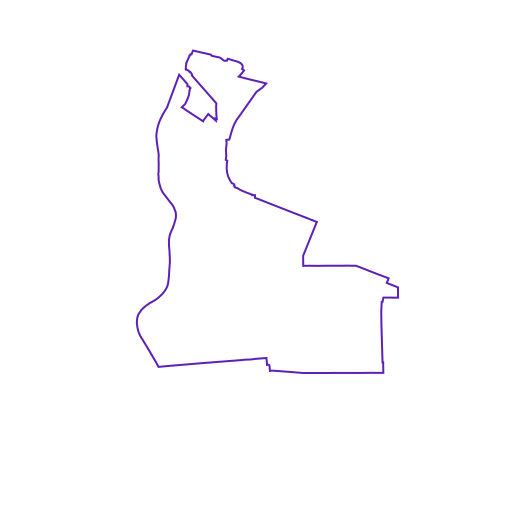 the district of Capelle aan den IJssel, Zuid-Holland, Netherlands, rotated 126°
{"feature_id": "6326949B80827814559487", "entity_name": "Capelle aan den IJssel", "entity_type": "district", "adm_level": 2, "iso_a3": "NLD", "parent_name": "Netherlands", "parent_adm1": "Zuid-Holland", "projection": "mercator", "projection_center": [4.571, 51.936], "detail": "fine", "context": "isolated", "style": "outline", "palette": "violet", "viewbox_px": 512, "rotation_deg": 126, "n_neighbors": 0, "source": "geoboundaries", "source_scale": "gbopen_adm2", "svg_char_len": 5860}
<svg xmlns="http://www.w3.org/2000/svg" viewBox="0 0 512 512"><g transform="rotate(126 256 256)"><path d="M280.8,91.3L275.7,84.3L267.3,90.6L267.7,91.1L240.0,112.5L235.9,115.6L231.8,118.7L227.6,121.8L223.4,124.6L219.2,127.3L218.7,126.7L216.9,127.5L216.4,127.8L215.9,128.0L214.8,128.5L206.2,116.6L197.9,122.7L199.5,128.9L200.4,132.1L200.9,134.4L196.1,135.6L199.2,146.9L201.5,155.6L202.1,158.0L204.6,167.6L204.7,167.9L205.1,169.4L210.0,176.2L223.3,194.4L226.9,199.2L231.3,205.3L231.7,205.9L231.9,206.2L232.1,206.5L232.3,206.8L236.2,212.0L228.1,218.0L192.7,226.8L209.5,291.0L207.4,292.6L208.4,293.9L209.0,294.7L208.6,295.0L210.3,301.0L211.1,304.4L211.5,306.1L211.9,308.8L212.0,310.6L212.6,312.7L212.6,312.9L212.7,313.1L212.9,313.6L211.9,314.4L212.0,314.9L211.9,314.9L211.7,315.0L211.2,315.4L210.9,315.7L210.8,316.4L211.2,318.2L211.3,318.4L210.9,319.3L210.6,320.3L209.8,322.0L209.3,323.0L208.8,323.9L208.5,324.5L207.9,325.4L206.8,326.8L206.2,327.6L205.1,328.8L203.9,329.9L203.3,330.5L202.1,331.4L201.0,332.2L199.8,333.0L198.3,333.9L197.0,334.6L195.7,335.3L196.0,337.0L192.5,338.9L191.5,339.7L189.2,341.6L189.0,341.8L187.4,343.0L182.5,345.7L179.5,348.3L177.5,346.0L171.5,348.2L167.6,349.6L162.3,351.0L157.5,351.7L151.4,351.7L131.3,352.0L123.0,352.1L120.4,351.3L116.0,349.8L115.5,349.8L113.1,349.5L110.5,349.1L110.4,349.1L114.1,358.3L115.4,361.4L116.9,365.0L121.0,375.4L119.7,375.2L118.0,375.0L116.7,374.9L115.4,374.8L114.1,374.8L112.8,374.8L112.8,376.5L112.9,377.3L112.3,377.4L112.0,377.4L111.5,377.6L111.1,377.7L110.8,377.9L110.6,378.1L110.3,378.3L110.0,378.6L109.8,378.9L109.6,379.3L109.4,379.7L109.3,380.2L109.2,380.7L109.1,381.1L109.1,381.5L109.0,381.9L109.1,382.0L109.2,382.8L109.2,383.1L109.4,384.1L109.6,385.2L110.3,387.1L111.1,389.2L111.4,390.1L111.7,391.1L113.1,394.8L115.0,394.3L116.4,395.9L116.7,396.6L116.7,401.9L119.9,409.0L120.0,409.3L119.9,409.9L119.9,410.1L119.8,410.4L119.7,410.6L119.6,410.8L125.2,423.9L125.7,425.1L126.2,426.3L126.8,427.7L130.8,426.7L131.1,427.4L131.3,427.6L133.5,427.3L133.5,427.5L134.8,427.1L139.4,426.1L139.9,426.0L140.0,426.0L140.1,425.9L140.4,425.8L141.0,425.8L141.1,425.5L141.5,425.3L142.3,424.9L142.9,424.6L143.7,424.2L145.0,423.4L145.3,423.2L145.7,423.0L146.0,422.8L146.2,422.6L146.3,422.5L146.4,422.4L146.5,422.2L146.0,421.4L145.9,421.4L145.9,421.2L145.8,420.9L145.8,420.7L145.7,420.3L145.8,419.8L145.8,419.1L146.0,418.0L146.1,417.5L145.7,417.3L146.3,415.7L146.6,414.8L146.7,414.5L146.9,414.1L147.6,414.0L148.0,412.3L148.3,411.1L148.4,410.5L148.6,409.9L148.7,409.3L155.8,377.8L156.9,377.1L158.2,376.3L158.8,375.9L159.9,375.0L160.5,374.6L162.6,373.0L162.8,372.8L164.6,371.4L167.1,369.3L167.9,368.6L168.3,368.1L168.9,367.6L169.1,367.5L169.1,367.4L168.9,369.2L170.1,368.1L169.2,378.1L171.9,378.1L176.9,378.2L178.1,377.9L178.3,382.3L178.4,384.9L178.5,385.9L178.6,387.9L178.7,389.6L178.8,391.5L178.8,393.0L178.9,394.2L178.9,394.6L179.0,396.2L179.1,397.6L179.1,399.0L179.1,399.8L179.1,400.5L179.1,401.0L179.2,402.6L179.3,403.5L178.0,403.2L174.7,402.6L174.1,402.7L172.2,403.1L170.7,403.4L167.8,404.1L167.0,404.3L165.7,404.7L164.4,405.3L164.2,405.4L161.9,406.6L161.7,406.7L161.5,407.0L161.3,407.1L161.0,407.0L159.2,408.0L158.6,407.8L158.2,409.7L159.1,411.3L157.3,412.4L157.2,412.5L157.0,413.4L156.8,414.4L156.7,415.0L156.4,416.1L156.2,416.8L156.2,417.2L156.1,417.5L155.9,418.2L155.8,418.8L155.6,419.8L155.4,420.8L155.1,422.0L154.9,423.1L154.6,424.2L154.5,424.7L188.4,415.2L191.0,415.1L193.5,414.9L196.1,414.6L198.6,414.2L201.2,413.8L203.8,413.2L206.2,412.5L208.6,411.7L211.0,410.7L213.4,409.5L215.7,408.3L217.9,406.9L222.6,402.7L224.4,401.0L226.3,399.1L228.2,397.2L230.0,395.4L231.7,393.9L232.4,393.4L234.2,392.3L235.4,391.4L238.1,389.3L243.0,385.8L244.9,384.4L246.0,383.8L247.2,383.2L248.6,381.8L251.8,379.4L254.4,376.5L257.3,372.8L259.3,369.1L263.0,356.8L263.3,355.6L263.6,354.3L264.1,353.0L264.6,351.8L265.2,350.6L266.0,349.5L266.7,348.4L267.4,347.1L268.5,346.1L269.5,345.1L270.6,344.4L271.7,343.6L272.9,343.0L275.2,342.1L276.5,341.7L277.7,341.2L280.4,340.4L281.7,340.0L282.9,339.7L284.2,339.5L286.7,338.9L288.1,338.5L289.3,338.1L290.5,337.7L291.5,337.2L292.5,336.7L293.7,336.1L294.8,335.4L295.8,334.7L296.9,333.9L297.2,333.6L298.1,333.0L299.3,332.0L299.6,331.8L300.3,331.1L301.1,330.4L302.2,329.5L303.4,328.4L304.2,327.8L305.2,327.1L307.5,325.1L308.9,324.1L311.3,322.3L312.4,321.5L313.3,321.0L314.3,320.4L316.0,319.3L317.3,318.6L318.5,317.8L320.5,316.5L322.5,315.2L325.7,313.3L327.1,312.5L328.4,311.8L330.4,310.8L331.6,310.3L332.6,310.0L333.5,309.8L334.5,309.6L335.7,309.4L336.8,309.4L337.8,309.3L339.5,309.3L342.1,309.5L344.7,310.0L345.9,310.2L347.1,310.5L349.8,311.3L352.4,312.3L353.6,312.9L354.4,313.2L355.0,313.5L355.6,313.8L356.3,314.1L357.1,314.4L357.1,314.5L357.6,314.6L358.4,314.9L359.6,315.3L361.7,316.0L362.3,316.1L364.9,316.7L367.4,317.0L371.7,316.9L371.9,316.9L374.3,316.3L376.6,315.3L378.6,314.1L378.8,314.0L380.6,312.7L382.3,311.1L382.5,311.0L385.1,308.1L385.7,307.3L385.9,307.1L387.2,305.3L388.5,302.9L389.4,301.0L389.8,300.1L390.2,298.9L390.6,297.9L391.1,296.8L392.2,294.2L392.4,293.7L392.9,292.5L393.4,291.3L394.1,289.6L395.8,285.6L396.3,284.5L396.8,283.5L397.1,282.8L397.7,281.3L398.6,279.2L399.1,278.1L400.2,275.6L400.9,273.9L401.5,272.8L402.0,271.8L402.5,270.8L403.0,269.7L394.4,259.9L394.3,259.7L391.6,256.6L381.5,244.9L370.7,232.4L370.1,231.6L364.0,224.5L348.5,206.3L347.7,205.4L346.2,203.8L345.6,203.1L344.4,201.4L343.6,200.4L342.9,199.6L341.6,198.1L340.5,196.9L340.2,196.7L339.9,196.4L332.4,187.6L333.5,186.7L334.2,186.0L335.0,185.2L336.6,183.9L337.2,183.4L337.6,183.1L336.7,182.0L336.6,181.8L336.5,181.7L336.4,181.4L336.5,181.2L336.6,180.9L336.8,180.6L337.8,179.7L340.8,177.2L340.4,176.7L339.7,176.1L339.2,175.4L339.0,175.2L336.8,171.7L332.2,164.2L329.3,159.5L322.7,148.7L317.9,142.1L316.7,140.5L292.2,106.9L291.1,105.3L282.7,94.0L280.8,91.3Z" fill="none" stroke="#5b21b6" stroke-width="2"/></g></svg>